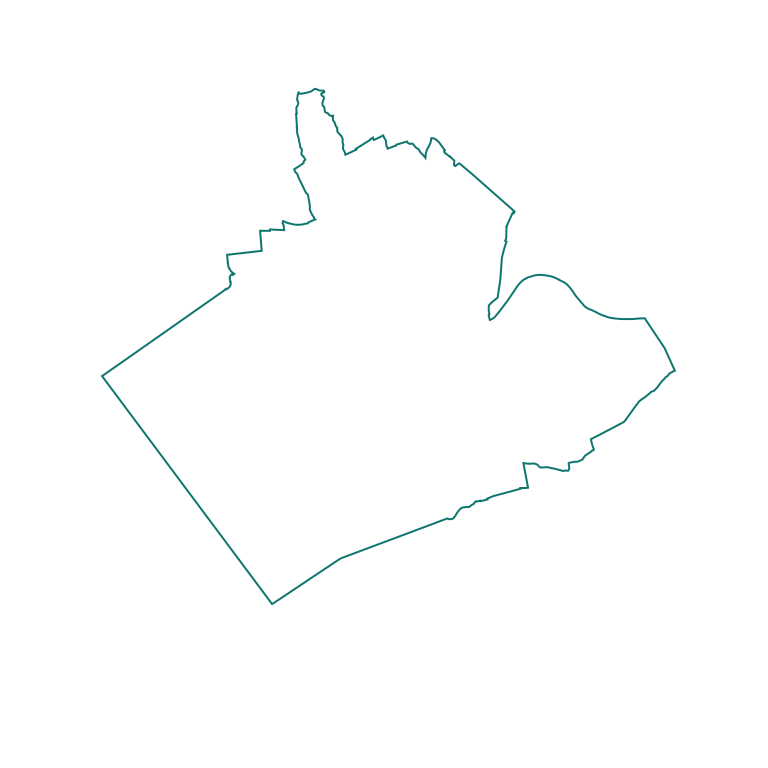 Katwijk, Zuid-Holland, Netherlands, rotated 293°
{"feature_id": "6326949B10451218555657", "entity_name": "Katwijk", "entity_type": "district", "adm_level": 2, "iso_a3": "NLD", "parent_name": "Netherlands", "parent_adm1": "Zuid-Holland", "projection": "albers", "projection_center": [4.44, 52.19], "detail": "fine", "context": "isolated", "style": "outline", "palette": "teal", "viewbox_px": 768, "rotation_deg": 293, "n_neighbors": 0, "source": "geoboundaries", "source_scale": "gbopen_adm2", "svg_char_len": 6154}
<svg xmlns="http://www.w3.org/2000/svg" viewBox="0 0 768 768"><g transform="rotate(293 384 384)"><path d="M509.9,646.6L512.0,644.2L526.6,628.4L546.4,598.3L543.5,592.3L541.0,587.6L539.7,584.7L538.6,582.1L536.5,577.1L535.6,574.2L534.8,571.9L534.4,570.4L533.5,567.0L533.1,565.2L533.0,564.0L532.9,561.5L532.7,558.7L532.6,556.1L532.6,554.9L532.9,552.8L533.2,546.9L533.1,542.4L533.6,539.4L534.0,538.3L534.5,537.1L536.5,533.1L540.0,526.1L543.6,520.6L545.6,517.2L547.0,513.8L547.5,512.5L547.7,511.3L547.9,510.5L548.1,507.5L548.3,504.9L548.6,500.9L548.6,498.4L548.4,496.2L548.2,494.8L547.9,493.5L547.3,490.9L546.5,488.1L545.4,484.8L544.6,483.2L542.9,480.3L541.9,479.1L538.5,475.1L537.9,474.5L534.7,471.9L533.3,471.1L532.0,470.5L530.3,469.8L527.6,468.9L526.0,468.5L509.8,465.4L496.7,462.1L491.2,460.5L488.9,459.8L487.9,459.3L486.9,458.7L485.6,457.7L484.3,456.4L487.8,453.7L488.2,453.5L488.7,453.4L489.4,453.8L492.5,451.7L497.3,449.8L501.2,451.3L503.6,452.5L507.0,454.4L508.0,454.8L520.9,451.5L525.8,450.2L546.3,443.2L551.0,442.4L557.2,441.6L562.9,441.1L562.9,439.9L563.1,439.6L565.4,439.6L566.0,439.5L575.2,435.9L576.0,435.4L576.8,435.5L576.8,435.2L590.2,435.5L591.9,435.5L591.8,436.7L593.8,436.8L611.6,383.3L616.5,367.3L616.3,366.8L612.9,364.7L613.0,364.5L612.5,364.2L613.0,362.8L617.0,361.5L619.1,356.1L618.8,356.1L619.9,352.4L620.4,350.1L620.7,349.4L621.3,348.8L622.0,348.3L622.9,348.8L628.3,339.6L629.6,335.4L629.4,333.2L628.7,331.5L626.5,332.1L623.7,332.6L621.5,332.5L617.0,332.0L614.7,332.1L613.3,332.3L611.7,332.7L608.3,333.8L610.2,330.4L610.4,329.8L611.2,327.6L611.6,326.8L613.4,324.4L613.6,323.9L614.0,321.4L614.3,320.7L616.3,316.7L616.4,316.3L615.1,313.8L615.2,312.1L615.5,311.4L615.8,310.9L616.2,310.4L609.1,301.8L608.4,302.1L602.1,295.4L602.8,294.8L604.4,293.1L605.8,292.2L608.2,291.0L608.8,290.5L609.3,290.1L610.6,288.1L611.5,287.1L612.5,286.2L604.6,279.3L605.7,277.9L606.4,277.5L603.9,275.7L603.5,275.9L603.2,275.8L589.4,266.2L588.9,267.0L580.0,258.9L582.0,257.4L584.2,254.6L584.8,254.1L586.2,253.6L587.5,253.5L587.9,253.3L590.7,251.1L592.1,250.8L592.7,250.6L593.8,249.8L594.9,248.6L596.0,247.1L596.5,245.4L596.9,244.7L597.7,243.1L598.1,242.5L598.3,242.3L601.4,240.9L601.3,240.7L601.6,240.5L602.4,239.2L602.8,238.6L605.2,236.7L606.5,234.6L606.9,234.1L608.3,233.2L609.8,232.7L610.9,232.4L611.1,232.2L610.9,231.9L610.3,231.1L610.1,230.7L610.0,229.9L610.2,228.8L610.4,228.1L611.4,226.1L611.4,225.7L611.1,224.7L611.2,224.1L611.3,223.8L612.0,222.9L615.4,221.0L615.7,220.6L616.2,218.9L617.6,218.0L618.6,217.6L620.9,217.2L623.1,217.2L623.7,217.0L624.9,216.1L625.0,215.9L625.0,214.6L625.2,214.0L626.0,213.2L626.7,212.8L627.1,212.9L629.3,215.0L629.5,215.0L630.0,214.6L630.2,214.3L630.3,214.2L630.3,213.9L630.0,213.0L629.8,212.1L629.1,210.3L629.0,209.7L628.9,208.9L629.0,206.8L628.9,205.5L628.7,205.1L628.1,204.6L624.9,202.6L623.5,201.0L621.6,198.6L618.9,194.5L618.7,194.0L618.5,193.5L618.4,192.8L618.5,192.5L619.0,191.5L618.7,191.4L616.8,191.6L615.4,191.9L612.5,192.7L611.4,193.1L611.2,193.3L610.1,194.7L609.2,195.3L608.4,195.5L607.3,195.6L604.4,195.4L603.7,195.5L601.0,196.8L600.3,197.1L598.9,198.1L598.4,197.5L586.5,203.5L586.4,203.3L582.2,205.5L580.4,206.5L577.2,209.1L575.8,210.1L574.6,210.8L571.9,212.8L570.3,213.8L569.3,214.2L569.1,214.4L568.8,214.9L568.6,215.8L568.5,216.1L567.6,216.7L566.8,217.2L563.6,218.0L563.4,218.1L563.0,218.6L562.5,219.4L562.2,220.2L562.2,220.5L561.9,221.1L561.1,222.1L560.0,223.7L559.7,223.9L557.4,223.1L555.9,223.6L555.7,223.5L551.6,220.9L546.9,217.6L546.7,217.5L546.4,217.5L544.1,220.0L544.0,220.8L543.8,221.5L543.3,222.3L542.5,222.9L540.2,225.2L536.9,229.0L529.7,237.2L529.3,237.9L528.7,239.6L528.3,240.2L520.7,245.1L518.4,246.5L516.2,247.3L515.3,247.8L512.4,250.9L511.1,252.6L510.3,254.1L510.0,254.4L509.0,255.1L508.6,256.5L505.7,253.5L504.6,252.6L503.6,251.4L503.1,251.4L502.6,251.3L502.1,251.1L501.8,250.8L501.6,250.4L501.4,249.8L499.1,246.7L498.1,245.1L496.4,241.3L495.7,238.9L494.8,234.1L494.6,232.5L494.5,231.3L494.5,227.5L492.2,227.8L492.0,228.3L491.0,229.5L486.7,232.0L486.2,231.0L485.4,228.6L483.1,222.6L481.8,218.7L480.5,219.2L476.6,210.1L458.8,219.4L441.6,189.1L435.3,192.5L434.8,192.6L434.9,192.8L431.9,194.5L430.3,195.7L430.4,196.0L429.6,196.9L428.9,197.7L428.3,198.7L427.8,199.7L427.4,200.8L427.1,201.8L427.0,202.5L427.0,202.8L427.0,203.0L425.4,202.4L425.5,201.6L425.5,201.2L425.3,200.9L425.2,200.8L423.7,200.3L422.8,200.2L421.9,200.3L418.0,202.5L418.2,202.8L416.1,203.9L415.4,204.0L414.4,204.1L413.4,204.0L412.7,203.8L412.0,203.5L409.5,201.9L409.8,201.3L407.6,200.3L281.1,121.4L137.7,367.0L203.5,410.2L207.1,412.8L284.0,493.8L285.0,495.0L285.0,495.4L284.9,496.0L285.0,496.7L285.3,497.5L285.8,498.5L286.9,499.9L287.8,500.4L291.0,501.2L293.8,501.6L295.8,502.0L298.3,502.8L299.5,503.4L299.9,503.5L301.5,505.3L301.8,506.1L303.4,508.5L303.7,509.8L304.2,510.5L304.7,510.9L305.8,511.3L306.4,511.7L307.5,512.4L308.8,513.5L310.0,513.6L310.7,514.0L311.5,514.1L312.0,514.5L311.8,514.9L314.3,518.3L313.9,518.7L318.1,524.3L318.7,523.7L323.6,528.5L341.1,550.8L341.6,550.3L343.9,555.6L344.8,557.1L365.7,543.2L366.2,545.5L366.8,547.2L367.6,549.6L368.6,551.2L368.9,551.8L369.8,554.9L369.7,556.0L369.6,556.7L369.2,557.8L368.6,559.0L368.3,560.1L368.3,560.4L368.4,560.9L368.8,561.9L371.1,566.5L371.5,567.7L371.7,569.4L372.1,571.6L372.7,573.9L372.9,575.9L373.1,577.0L373.2,578.0L373.5,579.3L373.6,580.2L373.7,581.9L373.8,582.5L374.4,583.6L375.1,584.6L376.1,587.3L376.2,587.5L376.4,587.6L378.7,587.6L382.7,585.2L383.4,584.9L384.0,585.5L384.5,586.2L386.8,589.7L387.1,590.5L388.0,592.3L388.5,592.9L389.9,594.3L392.0,596.1L392.4,596.3L395.8,596.9L396.5,597.1L397.6,597.7L400.9,600.0L402.1,600.8L403.2,601.3L404.3,601.7L404.5,601.9L404.6,602.4L404.9,602.6L405.8,602.6L406.5,602.3L407.3,601.3L407.9,600.7L411.3,597.9L412.6,597.1L413.2,596.6L414.1,596.1L426.2,606.1L442.1,619.1L442.8,619.6L443.8,620.0L444.8,620.3L461.0,624.0L466.4,625.3L466.6,625.2L468.6,626.1L471.8,628.0L474.1,629.5L480.1,632.6L481.3,633.0L482.9,634.9L483.5,635.3L487.9,637.0L490.8,637.6L494.2,638.5L495.6,638.9L497.4,639.8L499.9,640.4L502.0,641.8L502.6,642.0L504.7,642.5L505.6,643.0L508.4,645.1L509.9,646.6Z" fill="none" stroke="#0f766e" stroke-width="2"/></g></svg>